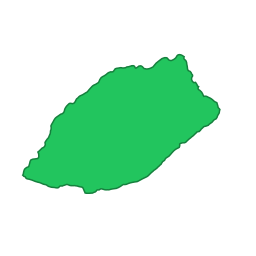 the district of Barbosa, Santander, Colombia, rotated 205°
{"feature_id": "7082276B35753389183496", "entity_name": "Barbosa", "entity_type": "district", "adm_level": 2, "iso_a3": "COL", "parent_name": "Colombia", "parent_adm1": "Santander", "projection": "albers", "projection_center": [-73.619, 5.955], "detail": "fine", "context": "isolated", "style": "filled", "palette": "green", "viewbox_px": 256, "rotation_deg": 205, "n_neighbors": 0, "source": "geoboundaries", "source_scale": "gbopen_adm2", "svg_char_len": 5148}
<svg xmlns="http://www.w3.org/2000/svg" viewBox="0 0 256 256"><g transform="rotate(205 128 128)"><path d="M193.2,118.4L193.2,117.8L192.9,116.6L192.8,115.5L193.0,114.7L193.2,113.9L193.6,113.2L194.2,112.6L194.8,112.1L195.2,111.4L196.1,109.8L197.3,107.8L198.0,106.3L198.3,104.8L198.4,103.7L198.5,101.8L198.7,99.6L198.8,97.7L198.5,96.9L198.0,96.3L197.5,95.2L197.1,94.1L197.1,93.6L197.0,92.4L196.6,91.7L196.3,90.6L196.1,89.8L196.1,88.4L196.0,86.8L196.0,85.4L196.5,83.9L196.9,81.8L197.1,80.4L197.0,79.5L196.5,78.9L196.0,78.1L195.8,77.0L195.8,76.1L196.2,75.0L196.5,74.4L197.3,73.6L197.7,72.5L198.3,70.9L199.0,69.1L199.5,68.3L199.1,67.6L198.3,67.2L197.4,65.6L196.9,64.7L196.6,63.8L196.7,62.9L197.1,62.1L198.4,61.2L199.8,60.3L201.0,59.6L201.9,58.7L202.6,57.8L202.6,56.4L202.3,55.0L201.9,52.7L201.7,51.2L202.2,50.3L203.0,49.6L203.9,48.1L204.3,47.0L204.3,45.9L204.1,44.4L203.6,42.5L203.3,41.3L203.5,40.8L202.0,40.2L201.4,40.2L200.6,40.4L200.0,40.0L199.4,39.5L198.8,39.3L198.2,39.3L197.0,39.5L196.1,39.8L194.6,40.0L193.3,40.2L191.7,40.3L189.5,40.4L186.8,40.8L185.0,41.2L182.6,41.3L181.3,41.3L180.1,41.5L179.3,41.7L177.8,42.0L177.0,41.7L175.4,41.5L174.2,41.7L172.6,41.9L171.4,42.3L169.6,43.0L167.9,43.4L166.3,44.1L165.7,44.8L165.5,45.6L165.3,46.2L164.9,46.8L163.9,47.3L163.1,47.6L162.3,48.5L161.3,49.4L160.5,50.2L159.8,50.9L158.9,51.2L158.1,51.3L157.0,51.3L155.8,51.5L154.8,51.9L153.2,52.6L152.4,53.1L151.0,53.5L149.4,54.0L148.2,54.1L147.2,54.3L146.4,54.5L145.1,54.9L143.9,54.9L142.6,53.9L141.0,52.4L139.9,51.5L139.5,51.0L138.4,51.2L137.2,51.7L135.9,52.3L134.4,53.1L132.6,54.1L131.6,55.4L130.6,56.3L130.2,57.3L130.0,58.4L129.3,59.2L128.1,59.6L127.5,60.6L126.9,61.4L126.0,61.7L124.5,62.0L123.1,62.2L121.7,62.7L120.6,63.3L119.6,63.7L118.8,64.2L117.6,65.3L115.9,66.5L113.1,68.3L111.6,69.9L110.1,72.0L108.9,74.1L108.4,74.8L107.6,75.1L106.0,76.0L104.9,77.1L104.1,78.0L102.8,79.2L101.0,80.6L99.6,81.6L98.4,82.4L97.3,83.1L96.8,83.5L95.4,85.4L93.4,88.1L92.0,89.8L90.3,91.9L89.5,93.3L88.0,97.4L87.0,99.5L86.7,100.5L85.8,101.9L85.2,103.1L84.8,103.9L84.2,105.7L83.6,106.9L83.2,108.2L82.7,109.0L82.7,109.9L82.4,112.1L81.9,113.0L81.2,114.1L81.2,115.4L80.9,116.7L80.0,118.2L79.0,119.7L78.3,121.9L77.8,123.8L76.9,126.6L75.9,128.7L74.7,130.4L74.0,131.2L73.4,132.1L73.4,132.4L73.6,133.8L74.4,135.2L74.1,135.9L73.4,136.7L72.2,137.7L70.7,138.4L69.7,139.4L69.0,141.3L68.2,143.3L67.7,144.4L67.1,145.5L66.6,146.8L66.0,147.8L65.4,149.1L64.9,150.6L64.4,151.6L64.1,152.6L63.9,153.5L63.3,153.9L62.7,154.5L62.0,154.9L61.7,155.8L61.4,156.4L61.2,157.8L60.8,158.8L60.3,160.0L59.9,161.2L59.0,162.0L58.2,162.6L57.3,163.5L56.4,164.4L56.0,165.7L54.3,168.7L53.5,171.6L52.7,172.8L52.1,173.4L51.9,174.5L51.8,175.5L52.0,176.9L51.9,178.2L51.8,179.0L51.7,180.0L52.0,181.3L52.4,182.4L52.4,183.4L52.9,183.8L54.9,184.6L56.2,186.3L58.2,188.5L60.3,188.5L61.0,188.6L63.5,189.4L65.8,189.8L68.4,189.8L70.1,189.9L71.7,189.4L72.6,188.7L73.4,189.2L74.7,190.4L76.4,191.6L78.6,192.4L80.5,192.7L81.5,193.8L81.5,195.4L82.8,195.4L83.8,196.5L86.1,197.9L87.5,196.9L89.4,197.5L90.8,198.7L91.6,200.5L91.4,202.2L91.8,203.2L93.3,204.0L94.1,204.8L95.5,205.5L97.7,205.5L98.9,206.5L100.3,208.8L101.7,210.7L102.7,212.3L104.2,213.6L105.8,214.0L106.8,214.6L107.2,215.9L107.2,216.3L108.3,216.5L110.1,216.7L111.2,216.6L112.5,216.2L113.3,215.6L113.8,215.0L114.1,214.2L114.2,213.2L114.3,212.0L114.6,211.2L115.2,210.0L115.5,209.5L116.2,208.6L116.9,207.7L117.8,207.2L118.4,207.0L119.2,206.9L120.3,207.1L121.1,207.6L122.1,208.0L123.0,207.9L124.4,207.3L125.3,206.5L126.5,205.3L126.8,204.8L127.4,203.3L127.5,203.2L127.6,203.3L128.1,202.3L128.8,201.0L128.9,200.7L129.4,199.7L129.5,199.5L129.9,198.7L130.9,194.9L131.2,193.8L131.3,193.7L132.4,192.3L133.7,190.9L134.5,190.3L134.9,190.0L135.9,189.4L136.1,189.3L138.6,188.7L139.4,189.0L140.8,189.6L142.0,189.8L143.0,189.6L144.3,188.7L144.8,187.6L145.8,186.0L146.0,185.8L146.1,185.7L146.4,185.5L146.6,185.5L147.0,185.7L147.1,185.8L147.3,185.9L148.0,186.6L148.9,186.8L149.6,186.7L150.9,186.0L150.9,185.9L151.0,185.9L152.0,185.0L153.2,183.9L154.9,182.8L155.6,181.8L155.6,181.7L155.8,181.5L155.9,181.4L156.2,181.3L156.9,180.8L157.2,180.6L158.4,180.1L158.5,180.0L159.0,179.9L159.3,179.9L160.3,179.5L160.8,179.1L161.0,179.0L162.1,178.2L163.5,177.3L163.8,177.0L164.6,176.3L164.7,175.7L164.8,175.2L165.0,173.9L165.5,172.5L166.4,172.0L167.7,171.4L168.2,170.8L168.3,170.7L168.5,170.5L168.5,170.4L168.7,170.2L168.8,170.2L169.0,169.9L169.1,169.7L169.3,169.5L169.5,169.3L169.5,169.2L169.7,168.8L169.8,168.6L169.9,168.4L170.0,168.2L170.1,167.9L170.2,167.7L170.3,167.5L170.3,167.4L171.5,165.4L172.9,163.6L173.1,163.2L173.4,162.6L173.5,162.5L173.6,162.4L173.7,161.8L173.8,161.3L174.0,159.8L173.9,157.8L174.0,156.7L174.7,155.6L175.8,153.9L177.2,152.3L177.9,151.1L178.3,150.0L178.9,148.1L179.5,146.1L179.9,144.4L180.4,143.0L181.0,142.3L181.6,141.4L182.2,140.5L182.8,139.5L183.5,138.6L184.2,137.8L185.2,136.6L185.7,135.6L186.1,134.2L186.7,133.0L186.9,132.6L187.0,131.5L187.0,129.9L187.2,128.3L187.5,127.7L188.1,127.0L188.8,126.5L189.5,126.4L190.4,126.1L191.0,125.9L191.6,125.3L192.0,124.4L192.9,121.9L193.0,121.4L193.2,120.1L193.3,118.8L193.2,118.4Z" fill="#22c55e" stroke="#15803d" stroke-width="1.5"/></g></svg>